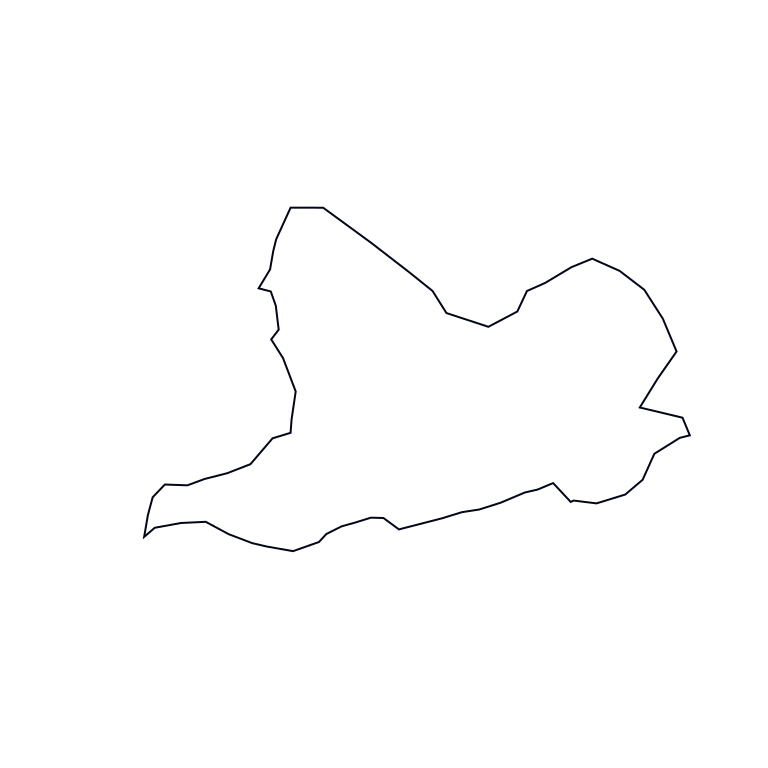 outline of Pano Akourdaleia, Paphos, Cyprus, rotated 246°
{"feature_id": "46923920B48631542853704", "entity_name": "Pano Akourdaleia", "entity_type": "district", "adm_level": 2, "iso_a3": "CYP", "parent_name": "Cyprus", "parent_adm1": "Paphos", "projection": "orthographic", "projection_center": [32.446, 34.944], "detail": "fine", "context": "isolated", "style": "outline", "palette": "ink", "viewbox_px": 768, "rotation_deg": 246, "n_neighbors": 0, "source": "geoboundaries", "source_scale": "gbopen_adm2", "svg_char_len": 1030}
<svg xmlns="http://www.w3.org/2000/svg" viewBox="0 0 768 768"><g transform="rotate(246 384 384)"><path d="M200.3,506.6L200.4,509.8L188.5,529.6L184.9,559.4L191.3,581.3L210.3,602.6L214.5,632.3L212.7,642.5L231.8,643.0L258.5,608.1L277.7,636.3L294.7,664.5L330.2,665.3L364.2,660.1L391.6,645.2L407.1,631.2L413.8,625.2L414.5,602.9L410.8,572.4L410.8,552.4L396.0,535.3L393.8,502.6L423.4,469.9L449.2,466.2L476.6,452.1L518.0,429.8L569.8,400.1L583.1,370.4L560.1,344.4L550.5,336.9L535.0,326.5L522.4,308.4L514.6,318.2L499.5,317.0L489.2,313.8L476.5,309.9L470.6,299.1L448.7,302.3L413.1,300.3L389.3,285.2L377.4,278.8L379.7,260.1L365.1,229.4L366.3,204.3L370.2,181.6L371.4,163.2L381.3,142.9L374.6,126.6L360.3,115.0L341.9,102.7L345.9,116.1L339.6,142.0L330.6,165.1L310.0,181.0L292.3,198.8L283.2,210.8L268.3,232.9L266.1,260.3L270.4,270.3L271.2,287.4L269.1,301.7L267.2,317.7L261.8,329.0L245.1,338.5L237.7,382.4L235.2,403.1L230.6,420.0L228.1,442.4L227.6,468.6L225.1,481.3L224.7,498.2L200.3,506.6Z" fill="none" stroke="#020617" stroke-width="2"/></g></svg>